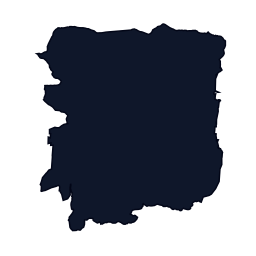 Vladesti, Arges, Romania (Equal Earth projection), rotated 274°
{"feature_id": "2599482B92023651488656", "entity_name": "Vladesti", "entity_type": "district", "adm_level": 2, "iso_a3": "ROU", "parent_name": "Romania", "parent_adm1": "Arges", "projection": "equal_earth", "projection_center": [24.925, 45.154], "detail": "fine", "context": "isolated", "style": "filled", "palette": "ink", "viewbox_px": 256, "rotation_deg": 274, "n_neighbors": 0, "source": "geoboundaries", "source_scale": "gbopen_adm2", "svg_char_len": 5738}
<svg xmlns="http://www.w3.org/2000/svg" viewBox="0 0 256 256"><g transform="rotate(274 128 128)"><path d="M229.3,179.7L229.4,177.9L229.0,176.4L229.3,175.0L229.0,173.7L229.1,172.4L229.0,171.4L228.5,170.0L228.9,167.8L229.7,166.5L229.9,165.5L231.0,162.6L233.7,157.9L233.9,157.4L234.2,156.3L234.0,155.3L232.0,153.3L231.4,151.1L231.1,150.4L230.0,149.6L228.9,147.7L227.5,145.8L226.2,145.5L224.6,144.6L223.7,143.6L222.9,142.5L222.9,141.4L224.7,135.6L224.9,134.3L224.9,133.3L225.6,131.4L226.6,129.5L226.9,128.2L227.2,127.4L226.7,125.4L226.0,124.3L225.8,123.5L222.1,99.4L221.1,95.2L220.7,91.2L220.7,90.2L221.0,89.5L222.5,87.4L223.2,84.3L224.2,81.7L224.2,80.1L224.6,78.4L224.8,76.2L224.6,72.6L224.8,70.0L225.0,69.5L225.4,67.7L225.1,66.0L225.2,64.4L225.1,62.8L224.4,62.0L224.5,60.7L223.5,57.5L223.2,55.9L223.3,54.7L222.8,53.6L223.1,52.2L222.8,51.9L223.0,51.2L222.3,50.6L221.2,49.1L219.1,47.5L218.2,47.1L217.3,46.8L214.8,46.6L213.8,45.8L205.7,42.5L205.3,42.6L203.7,41.9L201.1,42.2L199.8,42.2L198.2,41.5L198.1,40.0L197.3,38.6L196.3,37.3L195.8,36.2L195.8,35.4L196.2,34.2L195.7,31.9L195.2,32.9L193.7,33.8L193.0,34.6L192.1,35.2L191.6,36.3L191.5,38.7L191.2,39.5L189.1,42.2L187.8,43.1L186.2,44.8L184.9,45.3L183.2,45.5L182.6,45.8L182.2,46.6L181.8,46.5L180.7,47.0L178.9,49.3L178.4,49.3L177.0,48.5L175.9,48.6L173.9,50.4L173.4,50.7L172.7,52.3L172.6,54.9L170.8,57.5L170.0,58.0L168.9,58.0L166.7,56.7L166.0,55.3L165.5,53.2L165.5,51.8L165.1,50.0L165.1,47.5L164.7,46.3L164.8,44.7L164.5,42.1L163.2,42.3L160.9,42.0L159.4,43.1L158.1,43.1L156.7,43.4L154.6,43.0L152.8,42.3L150.7,42.2L150.3,41.8L149.0,43.1L145.9,47.1L145.3,48.7L144.0,51.0L143.2,52.0L140.7,54.3L140.6,58.7L139.6,60.1L139.3,61.1L139.5,62.1L139.2,62.9L139.2,63.7L138.3,65.1L137.6,65.6L136.8,66.9L136.5,67.0L135.0,66.8L134.6,66.5L132.7,65.9L131.5,66.2L130.0,66.8L129.0,66.9L128.2,67.5L127.1,63.8L125.4,61.4L123.5,59.4L123.3,57.1L123.6,55.0L121.0,49.8L116.8,50.1L116.9,51.2L112.8,51.2L113.4,49.1L106.9,49.4L107.8,52.1L105.3,52.1L105.5,54.5L95.3,54.4L93.9,54.6L82.0,54.6L81.6,54.6L81.2,53.4L80.5,52.0L77.2,49.8L77.2,49.6L72.5,46.2L68.9,45.5L65.4,44.5L65.0,45.0L64.1,45.6L63.7,45.7L60.7,45.8L59.1,45.6L58.8,46.0L58.9,46.5L59.4,47.8L60.0,49.9L63.1,55.6L64.7,60.1L64.9,60.0L65.9,62.8L65.2,63.7L64.1,64.0L60.7,63.8L60.7,64.4L60.4,64.4L57.3,66.5L51.3,68.4L53.2,72.7L57.2,75.0L58.3,74.8L60.5,74.9L64.2,74.1L65.4,74.5L67.7,74.6L67.8,74.8L67.2,75.0L63.8,74.8L62.6,75.2L61.1,75.9L60.2,76.0L59.4,76.8L58.6,76.6L57.7,76.9L55.6,76.7L55.3,77.3L54.9,77.4L53.2,77.0L52.5,77.4L49.2,76.5L47.2,76.5L43.4,77.4L42.9,77.8L42.8,78.6L43.1,78.9L43.1,79.1L42.6,79.4L40.4,79.1L39.7,78.8L38.9,78.2L38.0,77.9L37.6,77.4L36.6,76.9L35.1,75.7L34.6,75.6L34.0,75.9L31.9,75.0L30.9,75.9L24.8,77.1L23.2,78.3L22.5,79.2L21.8,79.9L22.2,83.4L23.1,85.0L22.8,87.1L22.8,87.4L23.1,87.8L24.8,89.0L25.7,90.3L26.1,90.7L28.9,91.3L33.3,91.1L33.4,92.4L33.3,93.0L33.4,93.5L34.6,94.6L35.0,95.2L35.3,95.9L35.4,99.1L34.7,99.5L33.5,99.7L33.0,100.3L31.2,103.9L31.2,104.5L32.3,106.0L31.4,107.1L30.2,107.6L30.5,108.2L30.5,109.3L31.2,110.0L32.1,111.8L32.2,113.6L33.0,114.5L33.1,114.9L32.8,115.4L33.0,117.2L32.4,118.5L32.1,119.4L32.3,121.6L32.4,122.3L33.9,124.1L34.1,125.8L33.4,126.9L33.3,127.9L32.6,128.6L31.8,130.2L31.8,131.9L32.5,132.9L32.5,133.8L33.7,135.0L33.9,135.9L33.4,136.5L33.6,138.0L34.2,138.7L34.6,140.3L35.5,141.4L37.7,143.1L39.6,143.7L40.5,142.2L41.1,141.6L41.3,140.8L40.7,139.0L41.8,137.7L42.0,136.3L42.5,136.2L43.4,137.0L45.7,137.7L46.3,138.3L47.1,140.4L47.6,144.2L48.2,146.2L48.6,146.8L49.0,147.2L49.6,147.2L51.0,148.3L52.0,148.4L52.7,148.0L53.1,148.1L53.6,148.6L53.1,149.1L51.3,152.3L52.1,154.2L51.9,155.4L52.0,157.2L52.6,159.9L53.8,161.8L54.1,162.9L53.5,165.0L53.2,167.8L52.3,168.5L52.2,169.0L52.4,171.0L52.7,171.8L52.8,172.8L52.1,173.6L52.1,175.2L51.3,176.4L50.3,177.5L49.9,178.6L50.0,179.1L50.8,180.4L50.5,181.4L50.1,181.8L50.0,183.5L50.2,184.5L49.3,185.5L49.2,186.2L49.6,187.3L51.0,187.8L51.3,188.4L51.8,188.9L51.3,190.0L50.9,192.3L50.8,193.5L51.0,194.5L51.4,195.3L52.1,196.0L53.2,195.9L54.0,196.1L55.0,197.6L55.4,197.8L56.0,197.9L57.3,197.2L58.5,198.3L59.8,200.3L59.4,201.0L59.4,201.5L60.3,203.7L59.5,204.8L59.1,206.2L64.4,207.8L66.4,213.6L67.9,215.8L73.6,219.6L81.0,222.6L93.4,222.6L98.1,224.1L104.5,223.6L105.4,223.8L109.0,223.8L110.2,224.0L112.1,222.9L112.7,222.1L113.8,221.7L114.0,219.9L114.6,220.0L114.7,219.1L115.1,218.9L115.3,219.3L116.1,219.5L120.2,218.1L122.5,218.9L122.5,217.6L121.4,217.6L121.4,217.2L123.9,216.9L126.4,216.3L128.3,216.3L128.4,214.5L132.0,214.7L135.3,214.6L135.4,215.9L139.2,215.5L138.9,215.9L142.6,215.7L150.8,216.8L154.2,216.4L154.9,216.8L161.1,217.1L161.0,217.7L161.8,217.8L161.9,218.2L162.3,218.0L162.5,217.5L162.5,216.4L162.2,215.9L161.9,214.4L162.9,213.3L162.9,212.7L166.9,212.9L167.0,212.4L167.3,212.4L168.1,213.1L168.2,212.7L167.8,211.3L168.0,211.1L169.4,211.2L169.9,211.7L170.3,211.9L170.2,212.5L170.5,213.5L170.0,214.4L169.9,215.4L170.0,215.9L170.8,213.5L171.6,212.4L183.2,211.9L186.9,213.1L186.6,212.2L187.1,212.0L190.0,214.7L190.6,215.5L190.7,215.9L192.4,217.7L193.6,216.9L194.2,216.7L194.4,216.3L194.3,216.0L194.5,215.6L195.1,215.9L196.0,215.7L197.8,215.7L199.3,215.5L201.0,215.4L201.6,215.0L202.5,214.3L202.9,214.3L206.2,217.4L207.5,218.2L208.5,218.6L209.4,218.7L212.9,217.7L214.7,218.7L217.1,219.4L221.6,219.1L222.1,218.6L222.5,217.5L224.4,216.2L225.8,214.3L226.0,212.7L225.9,211.6L226.3,210.7L225.9,209.8L226.4,209.3L226.5,208.8L226.0,208.1L225.9,207.7L226.6,206.7L226.6,205.6L227.1,204.6L227.4,203.7L228.3,202.2L229.3,201.3L229.2,201.1L227.9,200.1L227.7,199.5L227.7,199.0L228.0,197.9L227.7,197.0L227.6,195.2L227.7,193.3L228.1,191.7L228.8,190.6L229.4,190.2L230.1,188.1L229.8,187.1L229.9,186.1L229.5,184.8L229.2,181.7L228.9,180.1L229.3,179.7Z" fill="#0f172a" stroke="#020617" stroke-width="1.5"/></g></svg>